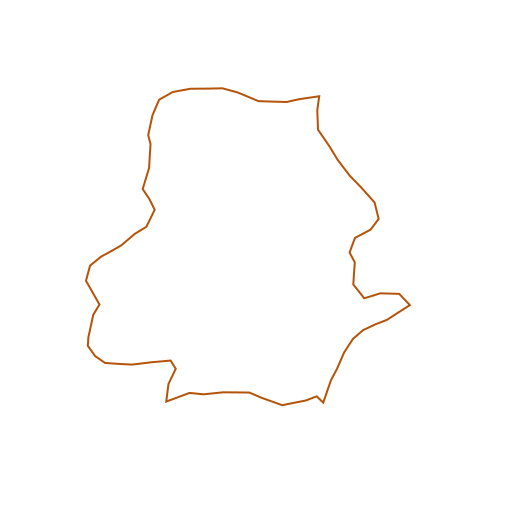 Agios Iakovos, Cyprus, rotated 118°
{"feature_id": "46923920B93502330061419", "entity_name": "Agios Iakovos", "entity_type": "district", "adm_level": 2, "iso_a3": "CYP", "parent_name": "Cyprus", "parent_adm1": "", "projection": "orthographic", "projection_center": [33.821, 35.322], "detail": "fine", "context": "isolated", "style": "outline", "palette": "amber", "viewbox_px": 512, "rotation_deg": 118, "n_neighbors": 0, "source": "geoboundaries", "source_scale": "gbopen_adm2", "svg_char_len": 1074}
<svg xmlns="http://www.w3.org/2000/svg" viewBox="0 0 512 512"><g transform="rotate(118 256 256)"><path d="M353.9,127.8L330.5,131.5L317.9,131.5L299.7,132.9L283.7,131.5L271.1,126.6L259.9,118.2L250.9,110.4L238.3,103.4L227.1,97.1L222.2,111.8L230.6,128.7L242.5,140.6L235.5,156.7L227.8,160.2L215.2,165.8L209.0,175.0L193.6,177.1L178.9,167.2L165.7,165.1L153.1,176.4L146.1,195.3L141.2,210.7L132.8,229.0L124.5,243.0L115.4,260.5L98.6,270.3L85.3,275.2L97.2,291.4L105.6,301.2L110.5,311.0L118.1,326.5L120.2,348.9L123.7,364.4L130.0,375.6L139.1,392.4L150.3,406.5L163.5,414.9L180.3,413.5L199.9,407.9L206.8,401.6L219.4,395.9L228.5,391.7L250.1,387.5L255.7,377.0L262.7,367.2L281.6,366.5L293.5,373.5L309.5,379.8L318.6,385.4L329.1,392.4L342.4,398.0L357.7,394.5L366.1,381.2L372.4,371.4L384.3,372.1L406.6,365.8L414.3,362.3L419.9,351.0L421.3,339.1L415.7,326.5L410.1,314.5L398.9,298.4L388.4,282.3L393.3,273.9L410.1,273.2L426.7,266.9L408.1,250.4L402.7,237.3L391.7,220.9L379.7,197.8L378.6,184.7L375.4,162.8L360.1,144.1L351.4,136.5L353.9,127.8Z" fill="none" stroke="#b45309" stroke-width="2"/></g></svg>